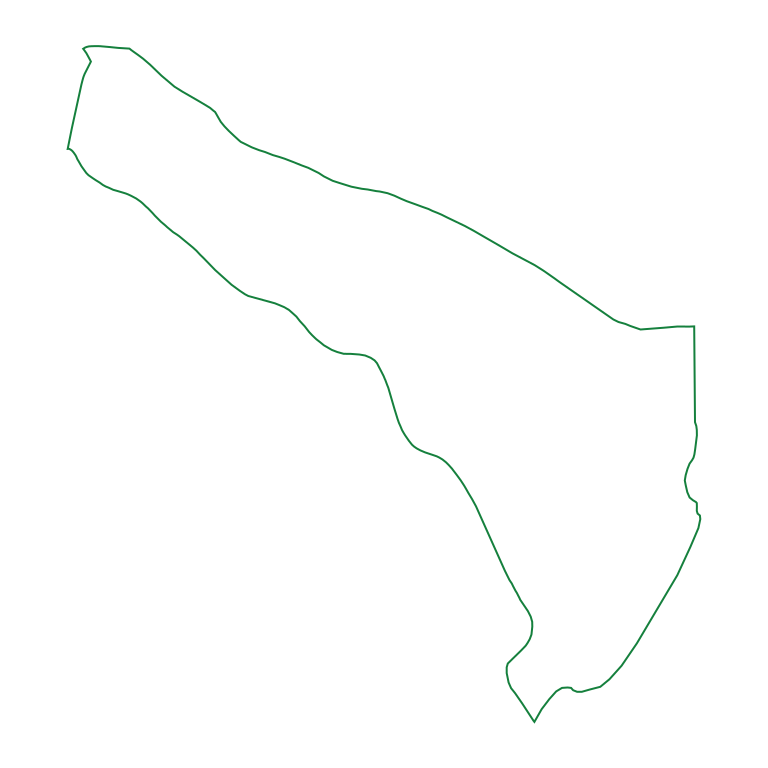 the district of Binh Dai, Bến Tre, Vietnam
{"feature_id": "81297802B66163336026361", "entity_name": "Binh Dai", "entity_type": "district", "adm_level": 2, "iso_a3": "VNM", "parent_name": "Vietnam", "parent_adm1": "Bến Tre", "projection": "equal_earth", "projection_center": [106.602, 10.168], "detail": "fine", "context": "isolated", "style": "outline", "palette": "green", "viewbox_px": 768, "rotation_deg": 0, "n_neighbors": 0, "source": "geoboundaries", "source_scale": "gbopen_adm2", "svg_char_len": 3598}
<svg xmlns="http://www.w3.org/2000/svg" viewBox="0 0 768 768"><path d="M534.4,721.9L541.7,709.1L549.4,699.0L556.2,691.4L562.0,687.9L567.6,687.5L571.1,687.9L573.1,690.2L577.1,691.8L581.8,691.8L589.9,689.5L600.3,686.8L609.5,679.2L621.6,665.7L636.9,643.3L677.3,575.2L690.3,547.1L698.4,528.1L700.3,519.1L699.9,515.5L697.6,513.6L696.8,510.9L696.9,506.6L696.8,503.1L696.0,502.1L692.9,500.2L689.6,497.5L687.3,492.2L685.8,485.6L684.8,480.5L685.7,475.1L687.5,468.9L689.6,463.6L692.0,460.3L693.5,457.7L694.4,454.4L695.2,449.0L696.9,435.4L696.8,429.9L696.3,426.0L695.0,422.2L694.2,326.4L689.1,326.6L677.6,326.5L664.1,327.7L640.5,329.5L630.4,326.0L625.3,323.9L618.5,322.0L613.4,319.5L560.6,282.8L558.9,281.6L556.7,280.0L554.4,278.3L551.8,276.5L550.4,275.5L543.5,270.7L534.8,265.2L525.6,260.3L512.4,253.3L500.2,246.1L490.7,240.6L485.3,237.5L474.1,231.0L464.9,226.0L447.2,217.5L441.6,214.7L437.7,213.0L432.4,210.9L428.5,209.0L422.5,206.9L416.0,204.5L406.8,201.2L400.9,198.7L394.4,195.7L387.6,193.2L379.7,191.5L376.2,191.1L367.7,189.5L361.9,188.8L353.4,187.1L351.4,186.7L345.9,185.0L339.5,183.0L332.7,180.8L323.9,176.4L318.7,173.0L308.2,167.8L301.9,165.5L293.2,162.0L284.6,158.7L279.1,156.9L272.9,155.1L265.0,152.0L259.2,150.2L252.2,147.5L250.5,146.7L245.1,144.0L240.8,141.9L238.8,140.2L234.0,135.8L228.8,130.9L224.5,126.4L220.8,121.9L218.6,118.1L216.0,113.5L215.1,112.0L213.3,110.6L210.1,107.9L200.0,101.8L182.5,91.7L174.5,86.7L161.5,75.7L156.0,70.4L150.2,64.8L143.1,58.7L140.7,56.9L138.0,54.9L131.4,50.2L130.2,49.2L129.4,48.6L118.1,47.9L110.3,47.1L104.7,46.6L101.2,46.3L100.3,46.2L97.0,46.1L91.8,46.2L88.9,46.4L86.5,47.0L84.9,47.7L83.2,48.8L83.9,49.7L86.4,53.2L90.0,59.8L90.9,61.6L84.7,73.8L83.7,76.3L83.2,77.8L82.5,80.3L81.4,84.6L77.9,100.6L76.2,108.4L71.9,128.0L69.7,138.9L67.7,148.9L68.7,148.8L69.3,148.9L70.0,149.3L70.9,149.8L71.8,150.5L72.7,151.4L73.9,152.9L75.5,155.2L76.2,156.5L77.5,159.5L78.1,160.4L81.5,166.3L84.5,170.5L86.3,173.0L88.5,175.2L92.8,178.2L95.8,180.2L99.7,182.6L102.8,184.9L105.7,186.5L108.7,187.7L113.2,189.8L117.1,190.9L117.8,191.1L123.2,192.7L125.8,193.5L128.1,194.4L131.1,195.8L136.2,198.5L140.6,201.6L142.6,203.3L145.9,206.5L148.0,208.3L150.8,211.2L152.7,213.2L154.9,215.7L156.9,217.7L159.6,220.4L161.0,221.8L165.4,225.5L167.1,227.1L173.2,232.2L176.8,234.5L179.2,236.2L185.6,241.5L193.0,247.6L196.5,250.8L200.1,254.7L203.8,258.3L215.1,270.0L231.6,284.8L236.4,288.3L240.1,291.0L244.9,294.2L248.3,296.0L274.9,303.3L278.9,304.9L284.1,307.1L288.9,309.9L293.2,313.7L296.4,316.6L299.9,321.1L304.7,326.3L309.1,332.0L312.1,335.2L315.1,338.1L316.4,339.3L320.5,342.5L323.9,345.3L327.7,347.5L331.8,349.9L337.2,352.0L343.7,353.8L351.1,353.9L359.3,354.5L365.2,355.5L370.7,357.8L374.6,360.4L377.0,363.2L379.1,367.3L381.0,370.9L383.6,376.0L385.0,379.4L385.2,379.7L387.1,384.8L388.3,387.8L394.6,409.4L395.2,411.3L397.6,419.1L398.9,422.8L400.3,425.9L402.0,430.0L403.4,432.5L405.1,435.3L408.9,440.8L412.0,444.7L414.1,446.6L416.7,448.4L420.4,450.4L425.1,452.4L432.6,454.9L436.7,456.3L439.2,457.5L442.5,459.5L446.0,462.3L448.6,464.9L452.1,468.8L453.2,470.3L456.5,474.6L460.6,480.2L464.2,485.7L465.9,488.6L468.5,493.2L472.0,499.0L475.4,505.2L476.0,506.3L504.9,570.8L509.4,579.9L509.9,580.7L511.8,583.5L513.0,586.0L514.1,588.1L515.4,590.6L516.9,593.0L518.2,595.6L519.3,597.7L520.3,599.9L527.9,611.1L530.7,616.6L532.2,621.8L532.3,626.7L531.5,634.2L531.3,635.0L529.7,639.2L527.6,642.9L525.7,645.7L521.1,650.5L513.1,658.3L507.8,663.5L506.7,667.3L506.7,669.9L506.7,673.1L508.6,682.5L511.1,688.2L513.6,691.3L515.1,693.2L522.3,703.6L533.6,720.9L534.4,721.9Z" fill="none" stroke="#15803d" stroke-width="2"/></svg>